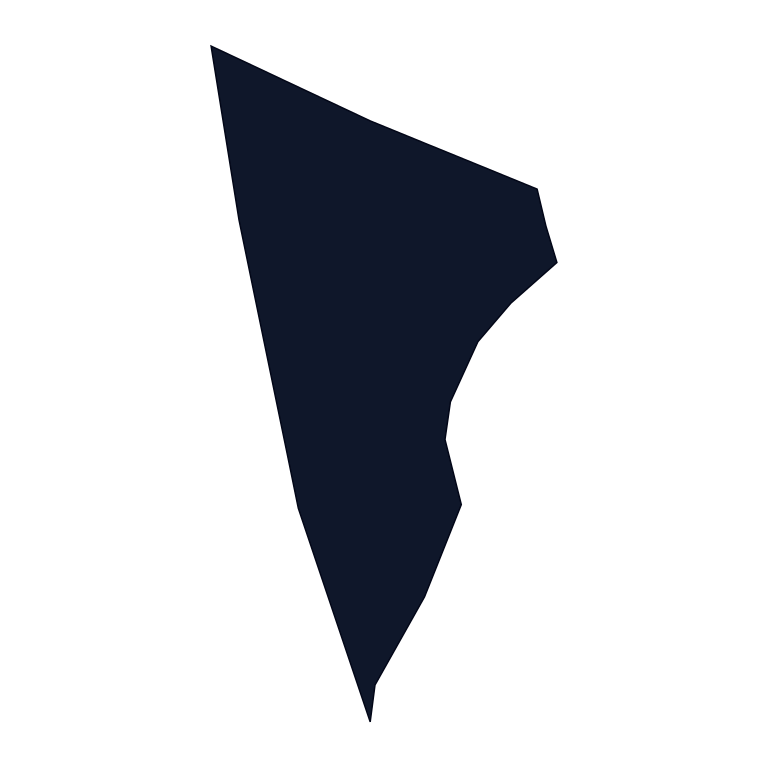 the district of Mershing, Southern Darfur, Sudan
{"feature_id": "16777658B29151950465280", "entity_name": "Mershing", "entity_type": "district", "adm_level": 2, "iso_a3": "SDN", "parent_name": "Sudan", "parent_adm1": "Southern Darfur", "projection": "natural_earth1", "projection_center": [25.0, 12.506], "detail": "fine", "context": "isolated", "style": "filled", "palette": "ink", "viewbox_px": 768, "rotation_deg": 0, "n_neighbors": 0, "source": "geoboundaries", "source_scale": "gbopen_adm2", "svg_char_len": 404}
<svg xmlns="http://www.w3.org/2000/svg" viewBox="0 0 768 768"><path d="M211.1,46.1L239.0,219.9L279.8,418.0L287.5,455.3L298.3,508.2L370.2,721.9L375.0,685.0L424.5,596.9L437.2,565.1L461.3,504.6L445.0,439.5L450.4,401.9L477.9,341.7L510.9,303.1L556.9,262.5L545.9,226.0L537.1,189.1L475.5,163.9L425.7,143.6L370.2,120.9L283.2,80.0L251.6,65.1L211.1,46.1Z" fill="#0f172a" stroke="#020617" stroke-width="1.5"/></svg>